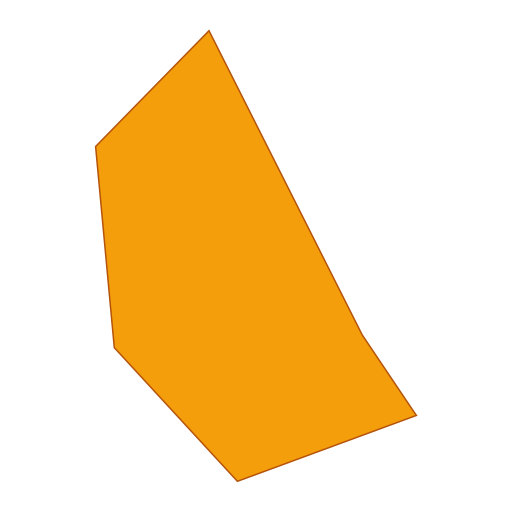 Melilla, Albers equal-area conic projection
{"feature_id": "ESP-5835", "entity_name": "Melilla", "entity_type": "Autonomous City", "adm_level": 1, "iso_a3": "ESP", "parent_name": "Spain", "parent_adm1": "", "projection": "albers", "projection_center": [-2.939, 35.299], "detail": "fine", "context": "isolated", "style": "filled", "palette": "amber", "viewbox_px": 512, "rotation_deg": 0, "n_neighbors": 0, "source": "natural_earth", "source_scale": "10m", "svg_char_len": 226}
<svg xmlns="http://www.w3.org/2000/svg" viewBox="0 0 512 512"><path d="M237.4,481.3L114.3,347.7L95.6,146.5L209.0,30.7L362.2,334.9L414.7,413.0L416.4,415.4L237.4,481.3Z" fill="#f59e0b" stroke="#b45309" stroke-width="1.5"/></svg>